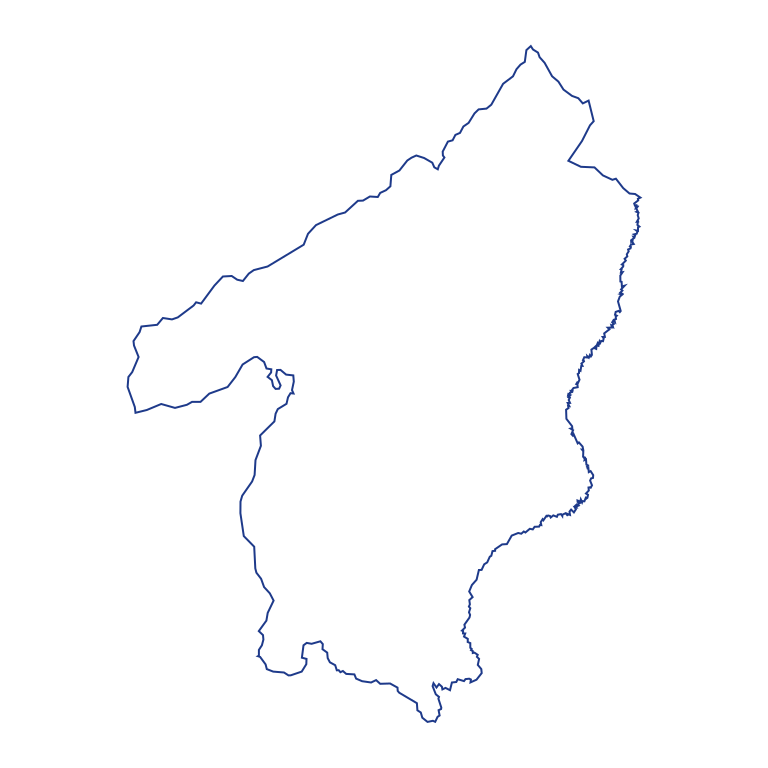 Requena, Loreto, Peru
{"feature_id": "86281439B4409689759703", "entity_name": "Requena", "entity_type": "district", "adm_level": 2, "iso_a3": "PER", "parent_name": "Peru", "parent_adm1": "Loreto", "projection": "natural_earth1", "projection_center": [-73.578, -5.99], "detail": "fine", "context": "isolated", "style": "outline", "palette": "blue", "viewbox_px": 768, "rotation_deg": 0, "n_neighbors": 0, "source": "geoboundaries", "source_scale": "gbopen_adm2", "svg_char_len": 6111}
<svg xmlns="http://www.w3.org/2000/svg" viewBox="0 0 768 768"><path d="M127.6,386.9L134.8,407.0L135.5,412.8L146.8,410.0L161.2,404.0L175.0,407.9L186.9,404.8L192.0,401.9L200.5,401.9L209.3,393.6L227.6,387.0L235.3,377.1L242.6,364.5L254.0,357.2L257.2,356.9L264.1,362.0L266.5,368.5L271.3,369.3L271.1,372.5L267.6,376.9L271.9,380.2L273.1,386.1L275.6,388.9L279.1,388.7L280.6,385.4L276.1,375.5L277.1,370.0L280.5,369.9L286.1,374.6L293.3,375.4L293.8,381.6L292.0,390.1L293.5,393.5L290.5,393.2L288.0,397.3L286.5,403.8L277.8,409.1L275.6,413.7L274.4,421.4L260.1,435.5L260.9,445.8L255.5,460.1L254.6,475.0L252.1,481.5L242.2,495.7L240.5,501.6L240.4,513.2L243.8,536.1L254.2,546.7L255.3,568.4L256.4,572.7L261.1,578.8L264.1,587.1L269.8,593.3L273.6,600.6L267.7,612.9L266.4,620.6L258.8,631.1L263.0,635.1L263.4,639.6L261.9,645.3L258.9,649.9L258.9,655.7L258.0,656.2L260.1,656.9L265.6,664.4L266.8,669.1L273.2,671.6L284.0,672.5L288.5,675.4L290.8,675.3L301.7,671.6L306.3,664.2L306.5,658.9L301.9,657.7L303.5,645.3L306.7,642.9L311.6,643.8L320.4,641.3L322.8,644.1L322.5,649.2L327.2,652.6L327.7,658.1L329.9,662.3L335.2,665.2L336.8,670.3L338.7,670.2L340.4,672.2L342.9,671.0L346.2,673.9L354.4,674.4L356.1,678.6L362.1,681.2L371.1,682.5L376.1,680.1L380.2,683.8L390.1,683.5L397.5,687.6L397.7,690.9L399.2,692.7L416.9,703.2L417.4,710.3L420.8,712.5L422.3,717.7L427.5,721.9L432.9,720.8L435.2,721.8L437.6,716.8L439.6,715.5L438.6,710.2L441.1,709.0L441.3,707.6L438.4,698.7L439.0,696.9L435.8,694.3L432.6,686.1L433.5,683.2L436.5,687.5L439.0,684.1L441.9,686.7L442.4,689.4L445.5,687.9L450.0,690.2L451.9,682.5L456.3,682.0L457.7,679.2L464.0,681.1L465.5,679.1L469.2,678.7L470.9,679.5L470.5,682.4L476.5,679.7L481.7,673.1L481.3,669.1L477.8,664.9L479.1,658.9L476.9,656.8L477.7,654.8L474.4,652.6L472.8,653.0L472.8,651.1L471.0,650.1L471.7,649.0L470.3,647.8L470.3,643.1L467.7,642.0L467.8,638.9L464.0,636.6L465.2,633.5L463.0,633.4L463.1,631.0L462.0,630.6L465.0,627.6L464.4,624.7L469.5,617.5L470.1,614.9L469.0,612.3L470.3,608.2L468.9,606.6L469.9,604.3L469.3,600.1L472.6,597.1L469.2,591.5L471.9,585.0L476.6,579.7L478.9,570.0L481.6,569.9L484.2,564.3L487.2,562.4L489.8,556.7L491.3,555.8L492.5,551.1L495.1,550.8L495.1,549.2L502.1,544.4L506.9,544.1L511.7,535.6L518.2,533.0L521.3,533.7L523.8,531.5L525.4,532.5L529.8,528.8L532.8,529.4L534.6,526.8L539.1,526.6L540.0,524.9L541.3,525.1L540.7,522.2L542.6,519.2L543.4,520.3L546.4,515.9L547.7,516.9L547.2,516.0L548.1,515.5L550.0,516.0L550.7,517.5L553.3,515.4L556.9,516.8L557.8,514.7L561.0,514.1L562.3,516.0L562.4,514.7L565.6,513.2L567.8,515.8L567.3,513.8L570.0,514.9L569.5,511.6L571.1,509.6L573.9,512.4L575.9,509.3L574.6,507.1L576.4,507.4L575.3,505.7L576.4,504.8L576.8,506.3L578.7,505.5L577.6,504.4L579.8,503.1L577.6,501.9L577.5,500.5L580.3,501.6L580.8,499.4L582.1,502.4L582.6,501.1L584.4,501.3L586.2,496.7L586.2,498.7L587.4,497.8L588.0,494.8L586.0,493.5L588.8,490.5L588.5,487.5L590.6,487.2L590.3,488.5L592.0,485.3L590.1,480.6L591.1,478.4L593.0,477.9L593.2,475.1L590.6,471.1L588.8,472.1L588.4,468.2L587.4,469.3L587.9,467.6L587.0,466.8L588.0,465.4L586.4,464.6L586.0,459.4L584.5,460.1L585.2,456.8L584.2,458.1L583.1,456.7L583.3,451.3L582.0,449.6L583.2,449.7L582.6,446.6L578.9,442.4L577.7,443.4L573.6,434.1L572.8,435.6L571.4,434.1L573.1,430.2L570.6,428.6L572.3,428.2L572.1,426.2L566.4,418.8L566.1,409.7L568.5,408.1L568.1,405.9L569.3,406.1L567.7,403.0L570.0,402.9L568.7,400.0L569.8,397.8L568.5,397.3L570.0,395.6L568.0,395.7L568.4,393.9L569.8,394.3L569.9,392.7L571.8,392.1L571.0,390.9L573.4,390.9L571.7,390.4L573.5,388.0L577.7,387.2L577.4,384.3L576.3,384.0L577.1,382.7L577.7,383.6L579.5,379.7L577.7,374.0L579.0,373.1L579.1,370.0L580.5,370.8L581.3,365.9L582.5,365.9L581.4,363.6L584.0,361.3L583.5,360.0L582.6,361.0L584.3,357.2L587.5,357.5L587.3,356.2L588.8,357.7L589.9,355.0L590.9,356.4L591.9,354.9L591.4,349.6L593.9,347.9L596.2,348.9L596.4,346.7L595.0,346.9L596.5,345.5L598.5,345.9L598.7,344.4L597.0,344.8L597.9,342.6L599.2,343.4L599.6,341.5L600.3,342.8L601.2,340.9L603.0,341.2L603.7,338.5L602.7,337.0L604.9,336.9L604.2,333.4L609.4,329.3L607.8,327.7L612.0,327.5L611.5,325.7L612.9,326.7L612.4,324.8L613.9,323.9L612.2,322.3L613.3,320.5L614.8,321.8L614.3,319.6L616.0,319.0L615.7,316.7L616.8,315.7L615.0,314.8L615.7,311.9L618.6,310.9L619.8,312.1L620.7,311.0L618.0,301.4L619.8,296.6L622.1,294.7L620.4,294.1L621.9,293.6L620.3,292.6L622.4,290.6L621.1,289.4L624.6,285.7L621.9,286.5L621.6,281.8L620.4,281.5L620.3,275.6L622.6,272.2L620.9,272.5L621.6,269.4L620.8,269.2L623.2,266.5L623.3,265.1L621.9,264.5L625.8,260.6L624.6,258.8L627.3,256.4L626.8,254.3L628.7,251.3L628.1,249.5L630.5,248.4L630.9,247.0L629.9,246.4L631.1,244.5L633.7,244.0L632.4,242.1L632.6,240.0L631.2,241.6L631.1,240.3L634.1,238.0L633.4,236.8L634.6,237.0L635.2,235.2L634.0,234.4L636.7,233.7L637.5,231.5L636.3,230.5L638.0,230.8L638.0,227.3L639.4,226.6L637.4,224.9L637.9,221.9L639.0,221.4L636.9,221.7L638.7,218.4L637.7,215.1L638.5,212.7L636.5,211.8L637.7,211.2L636.3,208.5L637.8,206.4L636.5,205.9L636.9,207.3L635.7,208.1L636.2,205.3L634.9,205.6L634.2,203.5L638.2,200.4L637.9,198.8L640.4,197.6L635.1,194.0L629.5,193.5L623.2,188.1L615.9,178.7L612.4,179.8L602.9,175.4L594.5,167.4L580.9,166.8L568.4,160.8L582.0,141.0L590.0,125.3L593.7,121.2L588.6,100.6L582.8,103.4L578.3,98.2L572.0,95.9L563.5,89.6L558.4,81.6L552.1,76.3L544.6,62.8L539.6,57.2L538.0,52.6L533.0,49.5L530.8,46.1L526.4,50.1L524.8,61.9L520.5,64.6L516.5,69.2L513.0,76.3L503.1,83.8L491.3,104.7L486.5,108.6L478.6,109.4L474.5,113.4L468.6,122.9L463.4,126.5L460.0,132.9L455.4,134.9L452.6,140.3L447.9,141.6L442.7,151.6L442.9,155.5L444.4,157.5L438.9,165.7L437.8,169.3L434.3,167.3L432.3,162.7L424.1,158.0L416.3,155.5L411.5,157.7L407.3,160.5L399.4,170.5L391.3,174.9L390.4,186.3L386.0,190.2L380.2,192.9L377.8,197.0L369.9,196.5L363.0,200.6L357.9,200.8L345.1,212.5L337.8,214.5L316.0,225.1L308.0,233.8L303.7,244.7L267.6,266.5L253.8,270.1L248.8,273.6L242.9,281.0L237.2,279.7L231.7,276.0L222.9,276.5L214.4,285.6L201.1,303.6L196.1,302.3L193.6,305.5L177.8,317.4L172.0,319.4L162.9,318.0L157.2,324.8L141.4,326.5L139.6,332.1L133.5,341.1L134.0,345.5L138.6,357.0L132.2,372.1L128.4,377.0L127.6,386.9Z" fill="none" stroke="#1e3a8a" stroke-width="2"/></svg>